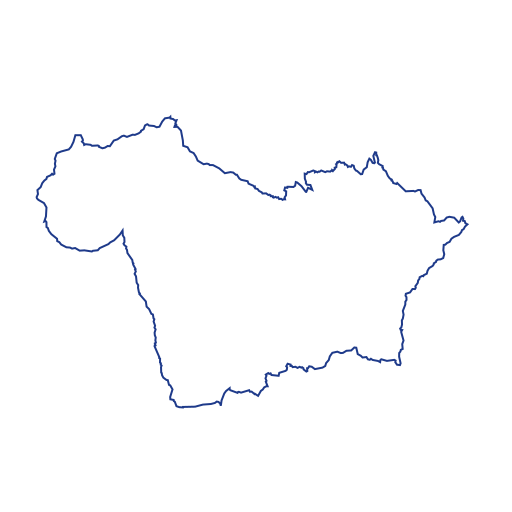 outline of Bondowoso, Jawa Timur, Indonesia, rotated 175°
{"feature_id": "22746128B61555758059649", "entity_name": "Bondowoso", "entity_type": "district", "adm_level": 2, "iso_a3": "IDN", "parent_name": "Indonesia", "parent_adm1": "Jawa Timur", "projection": "robinson", "projection_center": [113.922, -7.945], "detail": "fine", "context": "isolated", "style": "outline", "palette": "blue", "viewbox_px": 512, "rotation_deg": 175, "n_neighbors": 0, "source": "geoboundaries", "source_scale": "gbopen_adm2", "svg_char_len": 6105}
<svg xmlns="http://www.w3.org/2000/svg" viewBox="0 0 512 512"><g transform="rotate(175 256 256)"><path d="M452.7,288.1L450.7,286.9L449.1,284.4L444.1,281.2L440.5,280.6L438.6,279.4L435.5,279.7L431.2,276.7L426.5,276.6L419.1,274.8L418.1,275.4L413.1,275.5L411.0,277.5L402.0,280.7L400.0,282.3L396.0,284.0L389.7,289.3L386.7,293.0L386.9,288.2L385.6,285.6L385.8,281.4L386.9,279.8L386.1,278.2L384.3,276.6L384.8,274.8L384.0,273.4L383.8,270.1L379.6,262.8L379.4,260.2L378.8,259.4L379.2,259.0L379.0,257.9L377.1,253.5L377.7,253.1L377.1,251.1L378.5,248.8L377.3,246.2L377.2,239.8L375.9,237.3L376.3,234.7L375.8,230.1L375.0,228.8L375.5,228.3L369.7,220.3L369.4,215.1L367.1,212.4L365.3,207.5L363.8,206.7L363.5,202.7L362.8,201.9L363.7,199.6L362.6,195.3L363.4,193.5L362.4,191.7L363.7,188.5L363.7,185.9L363.0,183.5L363.6,180.8L363.3,178.4L364.4,177.8L363.9,175.8L364.7,175.7L364.9,174.9L361.2,163.8L361.4,162.9L360.5,162.2L360.9,158.2L360.1,157.4L360.4,156.0L359.6,155.1L360.3,153.6L360.6,148.1L360.1,147.6L360.0,145.5L358.9,142.9L356.0,140.3L354.7,140.0L353.9,135.2L352.7,134.6L350.8,130.4L353.8,123.0L353.8,120.7L350.6,119.8L350.5,118.6L349.6,117.9L348.3,113.3L345.6,112.1L342.0,111.5L341.9,112.0L329.8,111.2L321.8,112.6L313.8,112.5L309.7,113.2L307.8,114.4L306.1,113.9L304.6,112.2L304.1,109.9L302.9,115.1L299.6,121.8L297.6,124.1L293.8,126.6L293.9,125.3L293.2,124.5L286.4,121.3L286.2,121.9L285.0,122.2L282.8,121.2L274.5,122.9L273.9,121.3L272.2,121.3L269.5,118.6L269.2,118.9L266.1,116.5L262.9,121.2L260.9,122.4L259.3,124.4L257.2,125.3L255.8,125.2L257.2,130.0L256.4,130.7L257.2,133.3L256.0,135.8L256.6,137.0L254.0,138.3L253.1,137.4L251.7,137.8L251.0,136.1L243.9,134.7L243.0,137.6L236.5,139.0L235.2,140.0L234.7,142.5L235.5,143.5L233.9,145.9L231.0,144.8L231.2,143.5L229.9,143.4L229.2,142.1L226.3,142.2L224.4,140.9L222.2,141.8L220.5,140.8L219.8,141.2L218.6,140.2L218.5,138.9L215.9,136.5L214.9,136.9L214.9,139.7L214.0,139.7L212.6,141.5L210.1,140.8L207.2,138.2L199.5,139.0L196.6,140.4L195.5,143.2L192.6,146.0L191.2,149.6L188.4,152.9L183.3,153.6L180.0,151.9L177.8,151.9L174.2,153.7L169.4,153.6L166.0,156.3L164.1,155.9L163.2,149.4L160.3,147.5L158.7,145.6L154.8,145.7L153.5,143.3L151.7,142.7L150.5,143.6L148.9,142.3L143.6,140.8L141.6,139.5L141.2,141.4L140.2,142.2L134.7,140.1L127.3,140.5L126.0,139.6L126.5,138.1L125.0,135.4L122.1,134.8L121.3,136.5L122.2,143.2L121.8,146.9L120.5,148.2L119.9,149.9L118.0,150.6L118.0,155.5L116.4,158.9L118.0,167.8L116.9,169.5L118.3,169.8L118.7,171.2L117.5,172.1L116.5,175.0L116.3,179.2L115.2,180.8L114.1,184.7L114.5,188.5L111.5,194.6L111.2,197.5L109.9,199.1L109.7,201.9L110.5,203.4L110.0,205.3L105.7,206.3L103.0,209.5L100.5,209.2L99.6,210.5L99.9,212.0L97.2,215.1L96.6,217.5L95.3,218.8L94.8,220.6L92.1,221.7L91.1,221.3L90.5,222.3L87.4,223.5L86.4,226.4L84.6,228.9L80.9,230.7L79.7,232.1L79.5,233.2L77.2,234.4L76.8,235.6L75.2,236.6L72.4,236.6L69.7,237.6L68.3,241.4L68.9,245.4L68.0,250.7L66.4,250.8L64.6,252.3L61.9,253.2L59.8,256.2L57.0,257.8L52.1,259.3L49.4,262.0L48.5,263.9L46.9,264.6L45.2,267.1L42.6,269.1L44.6,270.5L45.0,272.6L46.7,273.1L46.2,275.2L46.9,277.0L47.8,276.5L49.7,272.7L51.1,271.7L55.2,276.9L59.9,278.2L62.7,277.7L65.5,275.0L68.6,274.8L69.7,274.0L71.2,274.7L75.4,273.9L74.0,279.2L75.1,281.9L75.9,288.1L80.5,295.6L82.1,296.6L83.0,299.6L85.7,303.7L86.3,307.3L88.7,307.6L92.0,306.4L93.4,307.1L101.2,307.4L109.0,316.4L109.8,315.5L112.9,316.7L113.4,318.6L114.5,319.4L114.1,320.3L116.0,321.6L117.7,324.4L119.2,329.1L121.6,331.0L121.8,333.0L122.4,333.2L122.0,334.6L125.3,336.7L126.5,338.2L125.8,340.8L126.1,343.0L126.8,345.8L127.4,345.9L127.2,348.6L128.4,349.0L130.4,345.5L129.4,338.7L130.1,338.1L131.7,338.6L133.2,341.8L134.6,343.1L136.6,339.7L137.9,334.8L141.2,332.7L143.1,328.4L144.5,328.3L147.9,331.9L149.0,332.4L150.4,334.6L150.8,337.4L152.4,338.2L153.6,336.6L155.6,337.2L156.7,336.7L157.2,338.3L159.1,339.8L159.6,339.5L160.1,341.3L163.1,341.4L164.7,343.1L165.8,342.2L166.2,342.6L167.1,342.2L167.4,341.0L168.2,340.5L167.8,339.9L168.3,337.4L169.9,337.1L169.8,335.9L171.8,334.1L172.5,334.8L172.6,334.1L173.3,334.6L174.7,333.6L177.9,334.2L179.7,333.5L183.6,335.5L185.3,334.4L186.2,334.7L187.5,334.0L188.7,334.8L190.0,334.3L189.9,335.4L191.5,336.2L195.8,334.8L197.0,335.1L198.6,333.2L200.3,333.8L200.6,328.8L199.7,325.5L200.0,324.3L199.1,322.6L195.6,322.0L194.2,317.0L198.2,319.4L200.3,315.5L200.8,315.6L204.6,321.6L208.5,325.6L209.9,326.2L210.9,322.6L212.7,321.5L218.1,322.2L218.7,322.2L218.9,321.2L221.1,321.7L222.1,318.9L220.3,317.8L220.8,313.8L222.4,311.9L222.1,309.9L223.7,310.1L224.6,309.6L226.0,310.8L228.0,310.7L228.8,312.6L230.2,312.3L231.4,313.2L233.3,312.6L234.0,313.0L234.0,314.1L236.1,314.3L236.1,315.1L237.1,315.9L238.4,315.7L240.4,317.5L244.1,317.7L244.7,318.9L247.4,320.6L248.6,322.6L250.9,323.4L251.1,325.2L251.7,324.9L252.3,326.1L257.1,328.7L257.8,331.2L264.1,333.2L265.9,334.7L267.9,338.6L269.0,338.7L271.4,341.1L274.1,341.8L279.8,341.2L285.0,346.5L290.9,350.3L294.2,350.6L295.1,351.7L296.9,352.3L300.2,352.0L305.8,356.1L307.2,360.3L309.2,364.0L312.7,366.0L314.7,370.3L318.9,372.1L318.8,377.4L319.8,387.5L322.9,391.5L326.0,391.7L325.4,393.1L324.0,392.7L323.9,393.8L324.8,395.1L323.3,398.2L325.1,398.1L326.5,399.6L329.2,400.4L329.2,402.1L330.0,401.4L334.7,401.1L337.7,398.1L340.9,393.2L343.7,392.9L346.3,394.4L351.2,395.3L352.6,396.7L353.3,396.6L355.2,395.7L356.9,392.1L359.6,390.8L359.8,389.9L362.2,388.4L366.1,387.2L368.3,387.6L374.2,385.9L377.1,387.4L379.2,387.0L383.8,384.3L387.6,383.4L392.0,378.1L394.2,378.5L397.0,377.1L399.6,376.7L403.0,378.5L403.0,379.4L404.0,379.9L409.8,380.1L411.1,381.2L415.9,382.2L417.5,381.6L417.7,383.2L419.4,385.1L418.4,386.1L418.4,387.3L420.0,391.6L425.4,392.1L427.9,385.6L430.7,380.9L433.2,378.5L441.0,377.1L445.5,375.7L448.0,370.2L447.4,368.4L448.3,365.4L448.0,362.8L449.7,359.7L449.6,355.5L451.1,354.7L452.0,355.7L453.6,354.3L457.3,353.0L458.1,351.0L460.3,349.6L462.6,347.2L464.5,343.4L468.0,340.7L467.8,336.7L469.4,333.8L469.2,332.5L467.9,330.9L462.6,327.2L460.5,322.6L461.8,313.7L463.9,308.8L462.6,309.2L461.8,308.0L462.2,303.1L460.9,302.0L460.2,299.1L458.0,295.6L452.7,290.5L452.7,288.1Z" fill="none" stroke="#1e3a8a" stroke-width="2"/></g></svg>